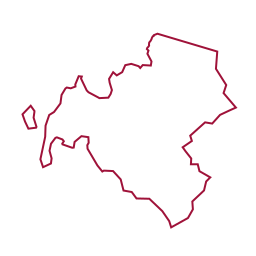 outline of Talbot, United States of America, rotated 4°
{"feature_id": "52423323B33050228676147", "entity_name": "Talbot", "entity_type": "district", "adm_level": 2, "iso_a3": "USA", "parent_name": "United States of America", "parent_adm1": "", "projection": "robinson", "projection_center": [-76.178, 38.758], "detail": "fine", "context": "isolated", "style": "outline", "palette": "rose", "viewbox_px": 256, "rotation_deg": 4, "n_neighbors": 0, "source": "geoboundaries", "source_scale": "gbopen_adm2", "svg_char_len": 1493}
<svg xmlns="http://www.w3.org/2000/svg" viewBox="0 0 256 256"><g transform="rotate(4 128 128)"><path d="M105.7,80.3L105.9,81.3L106.5,83.9L106.5,84.0L109.3,91.3L108.3,95.3L106.6,98.5L106.3,99.1L97.3,100.2L96.6,99.8L86.1,95.1L84.2,93.4L77.7,82.0L78.3,79.9L75.2,79.8L72.4,88.2L72.7,90.3L68.1,92.4L64.1,91.9L62.8,93.0L59.4,99.7L58.9,108.2L53.1,117.2L48.5,120.5L45.6,131.4L46.0,142.5L42.8,165.3L46.0,173.0L53.6,168.8L53.9,163.6L51.3,156.2L52.3,149.0L53.0,148.0L56.3,142.9L57.7,142.3L63.4,144.0L64.9,145.7L63.5,148.2L63.8,148.9L73.7,151.6L75.2,151.3L75.7,145.6L82.1,139.4L89.1,139.9L89.8,145.5L88.6,148.0L88.8,149.3L89.1,151.5L100.1,167.5L105.4,173.2L106.9,172.2L116.1,172.0L124.3,179.8L127.9,190.7L136.2,191.6L141.4,197.7L154.2,197.1L168.0,208.5L175.6,218.0L178.0,224.1L194.1,213.6L198.4,204.6L197.3,196.8L208.2,185.0L209.7,175.9L213.5,171.5L202.3,166.1L200.1,159.3L193.3,159.8L193.2,154.0L187.1,147.3L183.9,143.4L192.6,136.5L190.6,131.3L204.5,117.0L211.7,117.7L218.9,108.5L228.4,103.2L234.2,100.1L220.9,86.5L223.0,78.3L211.6,62.8L211.7,45.5L150.8,31.9L147.3,33.6L147.2,34.4L146.3,34.8L145.5,36.6L145.2,37.9L144.4,39.6L143.2,41.2L143.1,43.1L143.3,44.3L142.7,45.5L141.7,46.6L141.3,47.9L143.0,49.3L142.2,52.6L146.8,60.0L146.4,64.1L138.3,64.2L136.0,67.3L134.3,65.6L126.8,63.8L120.9,65.5L118.3,72.7L113.1,76.3L109.3,73.4L105.7,80.3ZM21.8,121.7L24.8,128.7L28.7,135.6L36.3,134.1L36.6,133.2L33.1,124.3L33.5,118.8L33.5,117.6L29.4,112.6L21.8,121.7Z" fill="none" stroke="#9f1239" stroke-width="2"/></g></svg>